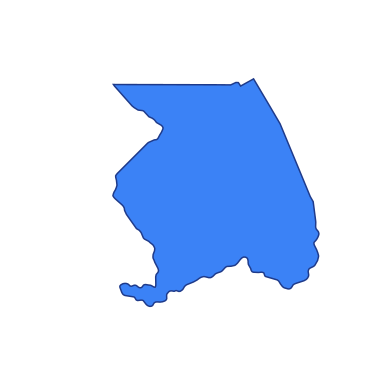 an SVG outline of Nyanza, rotated 151°
{"feature_id": "KEN-1197", "entity_name": "Nyanza", "entity_type": "Province", "adm_level": 1, "iso_a3": "KEN", "parent_name": "Kenya", "parent_adm1": "", "projection": "albers", "projection_center": [34.762, -0.553], "detail": "fine", "context": "isolated", "style": "filled", "palette": "blue", "viewbox_px": 384, "rotation_deg": 151, "n_neighbors": 0, "source": "natural_earth", "source_scale": "10m", "svg_char_len": 3988}
<svg xmlns="http://www.w3.org/2000/svg" viewBox="0 0 384 384"><g transform="rotate(151 192 192)"><path d="M208.6,324.1L183.7,310.2L150.7,291.8L117.7,273.4L106.2,266.9L100.5,266.5L98.4,265.2L98.1,261.1L95.7,261.1L95.1,261.1L83.3,261.1L82.4,229.9L81.9,208.9L84.4,186.8L88.0,155.1L90.8,130.7L90.7,124.8L97.9,106.7L98.4,105.6L100.7,101.7L101.0,101.0L101.2,100.2L101.3,99.3L100.8,96.6L100.8,95.7L101.0,94.8L101.2,94.1L101.6,93.5L101.9,93.1L103.5,91.7L105.3,90.5L106.7,89.8L109.6,88.8L110.0,88.4L110.3,87.9L110.7,86.7L110.8,86.0L111.0,81.0L111.5,77.7L112.1,75.2L112.4,74.6L112.7,74.1L115.4,71.2L120.0,68.4L121.0,68.1L122.5,68.0L125.2,68.2L126.5,68.1L127.5,67.7L128.0,67.2L128.6,66.6L129.0,66.0L130.1,63.0L130.5,62.4L130.9,61.9L131.2,61.7L132.3,60.9L133.0,60.6L133.8,60.3L134.7,60.1L135.9,60.1L137.1,60.1L145.4,61.7L147.2,61.9L148.1,61.8L148.9,61.6L150.2,60.8L151.6,60.1L152.5,59.9L153.6,60.0L154.9,60.6L157.7,63.4L158.3,64.3L158.8,65.8L159.2,68.6L159.3,71.6L159.5,72.5L159.8,73.2L160.2,73.9L168.5,82.3L168.9,83.0L168.9,83.8L168.4,86.2L168.9,87.2L170.1,88.2L172.9,89.4L176.9,91.9L177.7,92.6L178.1,93.3L178.2,94.1L178.2,94.9L177.8,96.6L177.8,101.3L177.2,102.9L176.5,104.2L176.2,105.0L175.8,106.4L175.8,107.0L175.9,107.6L176.2,108.2L176.6,108.9L177.3,109.4L178.2,110.0L179.4,110.2L180.7,110.1L182.6,109.5L186.8,107.7L189.3,107.1L190.2,107.1L193.7,108.1L197.4,109.9L198.4,110.0L199.7,109.8L203.2,108.6L204.5,108.3L205.7,108.3L208.8,108.9L211.1,109.1L214.7,108.1L215.9,108.0L216.7,108.0L217.5,108.2L218.2,108.6L218.9,109.0L221.0,111.0L222.2,112.0L222.9,112.4L223.6,112.6L225.3,113.0L227.3,113.0L230.2,112.6L234.3,112.6L241.6,113.5L242.6,113.4L244.3,113.0L245.0,112.6L247.0,111.4L247.8,111.1L248.7,111.0L249.6,110.9L250.5,110.9L251.2,111.2L251.9,111.6L253.4,113.3L254.0,113.6L254.7,113.7L255.3,113.7L256.0,114.0L257.7,115.4L258.4,115.7L259.1,116.0L259.9,116.1L260.8,116.0L262.3,115.4L263.1,115.1L263.7,114.7L264.2,114.1L265.3,112.0L265.6,111.3L266.1,110.7L266.7,110.3L267.5,110.0L268.4,109.9L269.3,110.0L271.0,110.3L273.3,111.2L275.8,112.8L276.5,113.1L277.3,113.4L278.2,113.4L279.0,113.3L279.7,112.9L281.0,112.1L281.6,111.8L282.0,111.8L282.7,111.8L283.4,112.0L284.1,112.3L284.7,112.7L285.7,113.9L286.1,114.6L286.6,116.1L287.3,120.7L287.8,121.3L288.4,121.8L289.1,122.2L292.1,123.4L292.7,124.0L293.2,124.9L293.2,126.7L293.4,127.8L293.8,128.5L300.8,134.0L301.3,134.6L301.7,135.3L302.0,136.0L302.1,137.4L302.1,138.3L301.3,143.4L301.0,144.2L300.4,144.9L299.2,145.3L298.1,145.3L297.1,145.3L296.3,145.1L295.5,144.8L294.8,144.5L294.1,144.1L293.1,143.1L292.6,142.5L292.3,141.8L291.8,140.1L291.4,139.5L290.8,139.0L290.0,138.8L288.2,138.6L287.3,138.3L286.7,137.9L286.2,137.4L285.8,136.7L284.9,134.5L284.4,133.9L283.8,133.4L283.1,133.1L282.3,133.0L281.5,133.2L280.2,133.8L279.5,134.1L278.7,134.0L277.9,133.8L277.2,133.4L275.5,132.0L273.7,130.7L273.2,130.2L272.7,129.5L271.5,127.5L271.0,127.0L270.5,126.6L269.5,127.2L268.5,128.6L264.9,135.4L263.4,137.1L262.8,137.4L261.2,138.0L260.5,138.4L259.9,138.9L259.4,139.5L259.1,140.4L258.8,141.6L258.6,148.5L258.2,151.1L258.2,152.0L258.1,152.9L257.7,154.0L256.4,156.0L255.8,156.6L254.0,158.1L253.4,158.6L252.1,160.4L251.9,160.8L251.7,162.4L251.7,164.0L251.9,164.9L252.1,165.5L253.1,167.8L253.6,169.4L253.9,170.1L256.4,173.9L256.6,174.6L256.8,175.5L256.2,180.7L256.2,181.5L256.6,183.7L256.7,184.0L256.9,184.5L258.0,186.3L258.3,186.9L258.4,187.5L260.2,204.1L259.9,208.5L259.0,210.9L259.0,212.8L259.4,214.6L262.4,223.1L262.9,225.1L263.0,227.0L261.8,228.4L260.1,229.8L258.0,231.0L256.0,232.6L254.3,234.3L252.4,238.9L251.6,241.8L251.0,243.1L249.9,243.8L248.1,244.5L207.0,256.3L205.8,256.4L200.1,255.9L199.3,255.7L198.7,255.4L197.9,255.1L197.1,255.0L196.3,255.2L195.6,255.5L192.4,257.6L189.7,259.1L187.2,261.0L186.7,261.5L186.2,262.2L186.1,263.6L186.5,265.2L189.2,269.7L189.5,270.7L189.7,272.5L190.1,273.9L191.0,275.8L193.2,278.7L195.0,286.1L195.7,287.1L199.4,289.8L201.6,293.7L202.7,296.4L208.4,322.0L208.6,324.1Z" fill="#3b82f6" stroke="#1e3a8a" stroke-width="1.5"/></g></svg>